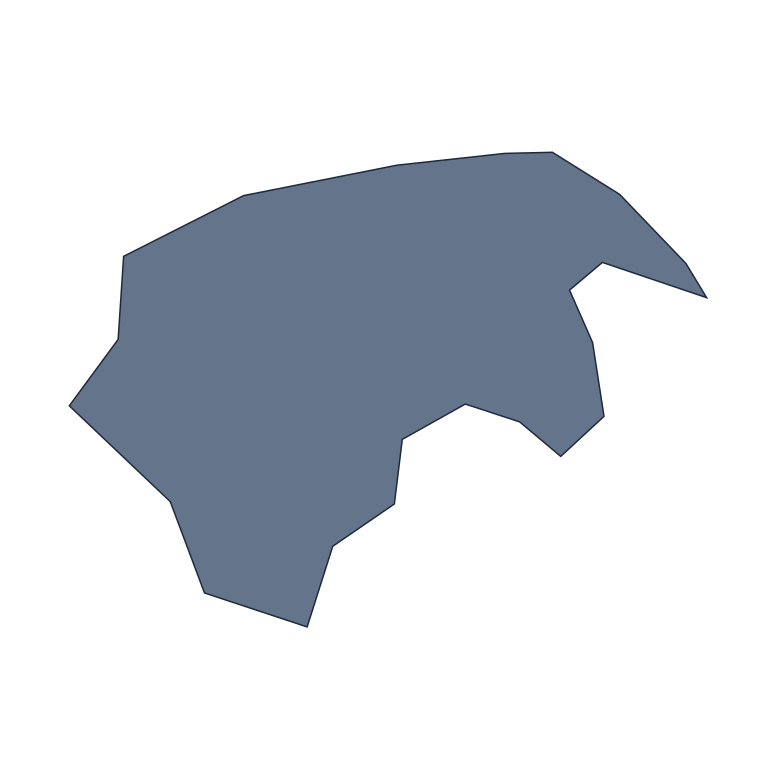 the state/province of Lemland, rotated 277°
{"feature_id": "ALD-4818", "entity_name": "Lemland", "entity_type": "state/province", "adm_level": 1, "iso_a3": "ALA", "parent_name": "Aland", "parent_adm1": "", "projection": "orthographic", "projection_center": [20.133, 60.033], "detail": "fine", "context": "isolated", "style": "filled", "palette": "slate", "viewbox_px": 768, "rotation_deg": 277, "n_neighbors": 0, "source": "natural_earth", "source_scale": "10m", "svg_char_len": 458}
<svg xmlns="http://www.w3.org/2000/svg" viewBox="0 0 768 768"><g transform="rotate(277 384 384)"><path d="M154.7,231.3L241.2,186.2L324.0,74.3L395.9,114.7L479.0,110.0L553.9,221.7L602.8,370.3L627.6,475.8L634.5,522.9L600.9,594.8L540.4,669.0L509.0,693.7L531.3,585.9L499.8,556.7L450.5,586.0L378.7,606.3L333.7,568.2L362.9,523.3L374.0,467.1L331.3,408.9L266.2,408.9L216.7,352.9L133.5,337.3L154.7,231.3Z" fill="#64748b" stroke="#1e293b" stroke-width="1.5"/></g></svg>